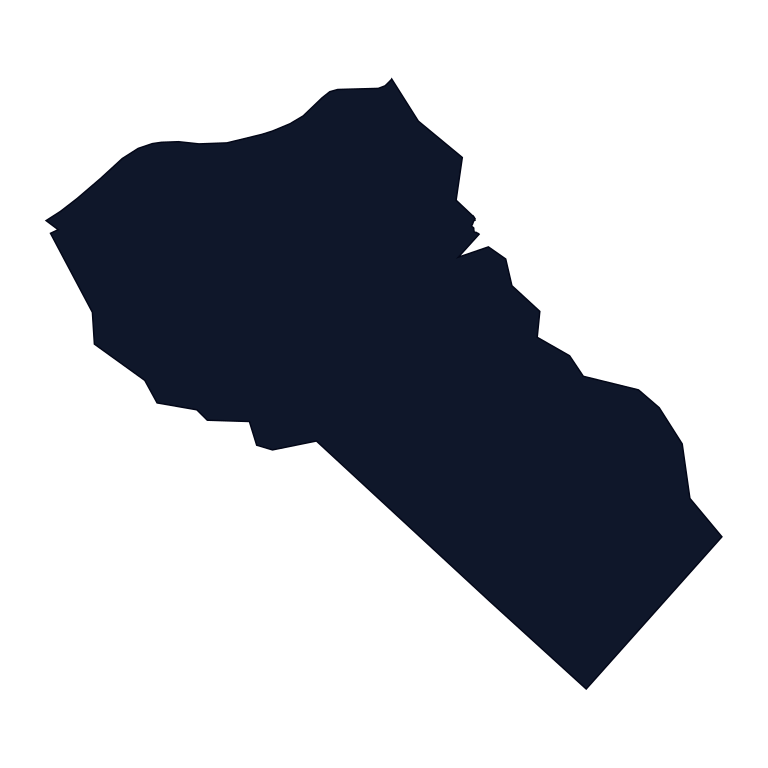 Gloucester, New Jersey, United States of America
{"feature_id": "52423323B68296244508740", "entity_name": "Gloucester", "entity_type": "district", "adm_level": 2, "iso_a3": "USA", "parent_name": "United States of America", "parent_adm1": "New Jersey", "projection": "mercator", "projection_center": [-75.155, 39.702], "detail": "fine", "context": "isolated", "style": "filled", "palette": "ink", "viewbox_px": 768, "rotation_deg": 0, "n_neighbors": 0, "source": "geoboundaries", "source_scale": "gbopen_adm2", "svg_char_len": 1123}
<svg xmlns="http://www.w3.org/2000/svg" viewBox="0 0 768 768"><path d="M302.7,116.2L289.9,123.8L272.3,131.1L261.8,134.4L226.9,142.9L199.0,143.9L178.5,141.7L167.4,142.1L161.5,142.3L152.4,143.6L138.2,148.4L122.3,158.5L100.4,178.6L76.9,198.7L60.3,211.5L46.1,220.6L58.2,229.7L50.5,233.3L92.4,312.3L94.4,344.1L144.8,380.4L157.1,402.9L196.8,409.8L207.3,420.2L249.4,421.5L256.7,445.2L272.5,449.9L316.4,441.0L489.9,601.4L586.2,689.0L678.4,585.6L721.9,536.8L689.9,498.4L682.2,443.9L659.2,407.7L638.5,389.9L583.3,376.3L569.6,355.8L537.2,337.3L539.8,311.4L511.9,285.7L505.7,259.0L488.4,246.9L458.3,257.2L479.1,234.2L478.7,233.8L477.7,233.2L476.7,232.8L476.0,232.3L475.7,232.5L474.3,232.1L474.1,231.7L473.7,229.0L473.8,228.6L473.6,227.8L471.6,226.3L471.6,225.5L472.3,224.7L473.0,222.8L473.4,221.5L474.3,220.4L474.9,220.2L474.7,219.9L475.1,218.8L474.7,218.5L474.3,217.3L473.1,216.2L473.0,215.7L472.5,215.7L456.1,200.2L462.3,157.5L418.3,121.1L391.7,79.0L391.5,79.4L388.7,82.3L385.1,85.8L384.9,85.9L378.3,88.4L348.3,89.2L337.7,89.5L329.8,91.7L322.2,97.7L303.2,115.9L302.7,116.2Z" fill="#0f172a" stroke="#020617" stroke-width="1.5"/></svg>